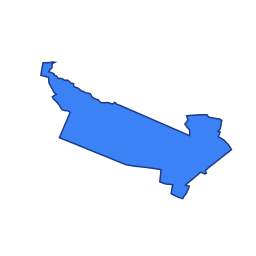 outline of Nakuru Town East, Rift Valley, Kenya, rotated 113°
{"feature_id": "3690345B82942155746957", "entity_name": "Nakuru Town East", "entity_type": "district", "adm_level": 2, "iso_a3": "KEN", "parent_name": "Kenya", "parent_adm1": "Rift Valley", "projection": "albers", "projection_center": [36.106, -0.379], "detail": "fine", "context": "isolated", "style": "filled", "palette": "blue", "viewbox_px": 256, "rotation_deg": 113, "n_neighbors": 0, "source": "geoboundaries", "source_scale": "gbopen_adm2", "svg_char_len": 2220}
<svg xmlns="http://www.w3.org/2000/svg" viewBox="0 0 256 256"><g transform="rotate(113 128 128)"><path d="M107.5,24.3L105.9,26.4L103.8,29.7L102.9,32.3L101.6,34.9L101.1,38.3L100.7,41.4L98.3,41.6L95.7,41.6L96.0,43.9L93.1,42.8L90.3,43.2L86.5,44.3L84.3,44.6L84.0,47.6L84.9,50.9L85.6,53.7L86.4,58.2L85.0,60.5L86.0,63.2L89.5,70.5L91.9,75.2L93.8,78.9L94.7,78.2L95.3,77.6L96.8,76.1L98.8,76.2L99.5,76.3L100.3,76.6L102.1,77.2L103.3,75.4L103.8,74.5L104.2,73.8L105.3,71.5L105.8,70.7L106.4,70.2L108.1,69.4L111.0,68.4L110.3,144.8L110.5,145.9L110.6,147.5L109.6,149.5L109.9,150.7L111.1,150.7L112.1,152.2L112.2,154.7L112.5,156.9L113.7,159.0L114.0,159.7L114.3,160.4L115.2,162.3L115.1,163.5L114.3,165.5L113.6,166.3L113.9,167.9L113.9,169.4L113.9,170.6L113.7,172.7L112.7,174.2L111.2,176.0L111.4,178.1L112.0,179.9L112.1,181.6L111.7,183.2L112.2,185.6L111.7,186.5L111.3,187.5L111.0,189.2L110.8,189.9L110.8,190.6L111.1,192.9L111.2,193.8L109.9,194.8L108.5,195.3L108.6,196.3L109.0,197.5L108.7,198.8L108.2,199.6L107.6,202.3L108.0,203.1L108.8,205.0L108.5,206.8L108.4,208.1L108.8,209.9L109.8,211.5L109.2,212.3L108.2,213.9L108.2,216.1L107.0,217.4L107.0,218.1L106.9,218.9L107.0,221.0L107.1,222.0L107.2,223.0L105.3,222.7L103.1,221.8L102.2,221.6L100.7,222.1L99.4,222.6L98.3,222.9L96.1,221.0L96.7,223.3L98.1,225.1L100.1,229.5L101.2,231.7L107.7,230.2L113.5,228.8L112.9,224.4L112.4,221.0L117.6,218.2L124.2,209.9L125.1,207.1L128.7,209.9L130.0,208.6L130.9,206.4L131.2,205.6L131.5,204.8L132.3,203.2L133.2,201.5L133.5,200.7L133.8,200.0L135.0,198.8L135.4,198.2L136.0,197.3L136.9,195.6L136.7,194.3L136.6,192.4L135.6,190.4L136.0,188.0L137.2,187.4L141.9,187.3L150.9,187.4L161.1,187.3L163.8,187.4L163.6,179.9L163.4,171.7L163.3,163.2L163.2,154.8L163.1,146.7L162.9,138.2L162.8,129.4L162.7,120.8L162.5,115.2L160.4,106.5L157.7,97.7L155.4,89.3L153.4,81.3L165.2,77.7L165.0,72.8L164.6,70.9L164.5,70.2L163.7,68.3L162.8,64.7L171.6,62.7L171.9,59.0L172.0,54.1L171.6,50.0L169.3,49.8L164.6,48.7L163.0,48.9L160.4,48.6L157.6,48.9L158.1,51.0L158.1,52.8L154.2,50.9L147.6,47.5L140.2,43.8L140.4,39.6L139.0,38.2L138.3,39.1L136.9,40.1L133.5,38.6L127.5,35.3L122.2,32.4L118.9,30.6L115.8,28.9L112.9,27.3L110.4,25.9L107.5,24.3Z" fill="#3b82f6" stroke="#1e3a8a" stroke-width="1.5"/></g></svg>